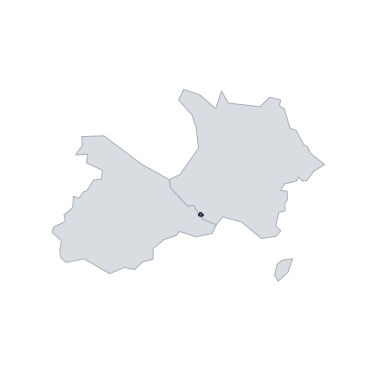 Andorra shown with its bordering countries, rotated 30°
{"feature_id": "AND", "entity_name": "Andorra", "entity_type": "country or territory", "adm_level": 0, "iso_a3": "AND", "parent_name": "Europe", "parent_adm1": "", "projection": "natural_earth1", "projection_center": [1.563, 42.539], "detail": "fine", "context": "with_neighbors", "style": "filled", "palette": "slate", "viewbox_px": 384, "rotation_deg": 30, "n_neighbors": 2, "source": "natural_earth", "source_scale": "50m", "svg_char_len": 1635}
<svg xmlns="http://www.w3.org/2000/svg" viewBox="0 0 384 384"><g transform="rotate(30 192 192)"><path d="M269.0,94.9L275.0,99.1L293.1,102.0L287.1,113.0L285.8,124.5L282.4,127.3L276.6,125.8L277.1,129.9L268.0,139.0L267.9,146.3L273.9,143.8L278.5,150.9L278.1,155.5L282.0,161.6L277.6,166.5L281.2,179.2L288.2,181.2L286.9,188.3L275.4,197.6L249.8,193.1L230.9,198.4L229.5,208.3L214.4,210.4L199.8,203.0L195.1,206.6L171.2,199.1L166.1,192.7L172.9,182.9L175.7,150.5L162.8,133.5L153.6,125.3L134.4,119.1L133.5,107.4L149.9,103.9L170.9,108.0L167.2,89.9L179.0,96.8L208.2,84.3L211.9,71.2L222.8,68.0L224.6,73.6L230.4,73.9L245.0,87.8L251.4,86.6L265.3,95.2L269.0,94.9ZM304.4,205.8L312.6,199.5L315.2,213.6L311.2,226.2L305.2,222.9L301.9,211.9L304.4,205.8Z" fill="#d9dde1" stroke="#a8b0b8" stroke-width="1"/><path d="M90.9,296.9L89.9,291.4L97.0,280.7L92.6,275.8L96.5,265.0L91.5,255.1L97.3,253.7L98.0,245.9L100.3,243.5L100.8,230.7L107.0,226.2L103.6,218.0L86.0,219.5L83.0,211.5L72.7,218.0L73.8,206.3L68.8,199.2L87.6,187.4L134.4,193.1L166.1,192.7L171.2,199.1L195.1,206.6L199.8,203.0L214.4,210.4L229.5,208.3L230.2,217.8L217.9,228.8L201.1,232.3L199.9,237.8L191.8,246.9L186.7,260.3L191.8,269.8L184.1,277.2L181.1,287.9L171.1,291.2L161.5,303.9L131.8,303.9L118.1,316.0L111.6,314.6L106.8,309.0L103.3,299.5L90.9,296.9Z" fill="#d9dde1" stroke="#a8b0b8" stroke-width="1"/><path d="M212.8,207.8L212.5,207.9L211.3,208.6L210.6,208.8L210.0,208.9L209.5,208.9L209.2,208.5L209.3,207.9L209.1,207.4L209.1,207.1L209.2,206.3L209.6,205.9L210.2,205.5L211.0,205.6L212.9,206.1L213.3,206.6L213.3,206.9L212.9,207.4L212.8,207.8Z" fill="#64748b" stroke="#1e293b" stroke-width="1.5"/></g></svg>